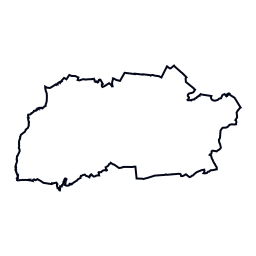 Targu Carbunesti, Gorj, Romania (Robinson projection)
{"feature_id": "2599482B79370866887971", "entity_name": "Targu Carbunesti", "entity_type": "district", "adm_level": 2, "iso_a3": "ROU", "parent_name": "Romania", "parent_adm1": "Gorj", "projection": "robinson", "projection_center": [23.515, 44.967], "detail": "fine", "context": "isolated", "style": "outline", "palette": "ink", "viewbox_px": 256, "rotation_deg": 0, "n_neighbors": 0, "source": "geoboundaries", "source_scale": "gbopen_adm2", "svg_char_len": 5704}
<svg xmlns="http://www.w3.org/2000/svg" viewBox="0 0 256 256"><path d="M90.5,175.6L90.6,174.8L91.3,174.3L93.5,176.5L94.8,176.4L96.5,175.5L97.0,175.6L97.9,175.3L99.1,175.4L98.8,174.2L98.9,173.5L98.5,172.5L98.7,172.2L101.0,172.2L102.3,171.0L103.3,170.4L105.0,170.1L106.2,170.6L106.9,170.2L106.7,169.6L106.0,169.1L105.6,167.3L107.8,166.1L108.6,165.1L109.1,164.1L110.2,163.6L110.6,163.1L110.7,162.8L112.9,164.3L113.5,164.3L114.6,164.9L119.0,168.0L121.4,167.7L123.5,166.9L132.6,167.0L133.5,166.7L135.4,166.7L136.6,178.5L142.3,178.7L143.2,179.0L147.2,178.0L154.8,175.6L164.8,174.9L165.9,174.4L166.3,174.8L166.9,174.8L171.8,174.4L172.0,174.2L172.7,174.3L178.8,173.8L180.0,173.9L180.6,174.2L181.1,176.0L181.8,176.1L182.5,176.1L183.9,175.5L185.9,174.3L188.5,176.4L189.5,177.1L189.8,177.0L191.1,176.5L192.1,175.6L192.9,175.5L194.6,173.8L196.8,172.1L202.0,170.0L204.2,169.7L204.2,170.3L204.4,170.5L204.3,172.0L203.5,173.2L205.0,173.4L207.0,172.9L208.0,171.7L209.2,171.6L210.6,170.3L213.0,170.1L215.5,169.6L215.6,169.4L216.8,169.3L216.7,167.2L215.2,165.0L215.0,164.1L214.2,163.3L213.1,161.1L212.6,159.7L211.8,158.5L211.2,155.9L210.4,155.2L209.6,154.9L209.8,154.5L210.5,154.4L211.3,153.8L211.6,152.4L211.5,151.7L212.0,150.9L212.7,150.7L214.3,150.9L216.7,151.4L217.8,150.3L218.5,150.1L219.7,149.2L220.6,148.3L220.8,147.3L220.7,146.7L220.0,144.0L219.4,142.8L218.9,140.5L219.0,139.5L219.6,138.8L220.0,137.8L220.5,130.8L221.8,128.6L222.5,127.9L223.1,127.7L226.1,127.6L227.9,126.7L229.4,124.9L231.6,124.3L234.3,124.5L236.0,124.3L235.9,123.8L236.4,122.4L236.2,121.0L235.8,120.1L235.8,119.7L235.6,119.7L237.0,117.6L237.1,116.2L236.6,112.7L237.5,110.9L240.0,107.9L240.6,107.6L234.6,97.8L229.7,94.7L229.7,93.8L229.0,93.4L227.9,93.8L228.4,94.6L227.5,94.7L227.5,95.1L227.3,95.1L226.6,95.0L226.6,95.4L226.9,96.1L226.4,96.4L224.6,94.1L223.1,94.7L222.3,95.3L221.0,98.3L219.2,98.6L217.6,100.0L214.9,100.7L214.0,100.6L212.4,100.0L211.6,99.3L210.9,97.7L211.4,96.0L201.4,94.5L200.7,94.1L199.8,95.0L199.7,95.8L198.6,95.9L197.6,96.9L197.1,97.0L196.4,97.9L194.8,98.6L194.4,99.4L192.1,99.7L191.2,100.5L191.0,100.4L191.0,100.1L188.8,100.3L188.3,100.1L187.8,100.2L187.5,99.9L188.6,98.7L189.0,97.4L187.9,96.2L187.8,95.0L188.0,94.5L189.1,93.5L192.5,92.7L193.6,92.0L195.1,89.7L193.8,88.7L193.7,88.3L185.9,82.0L185.6,78.3L186.5,77.3L182.1,72.9L181.7,72.7L174.7,66.5L174.0,65.6L170.7,68.3L169.9,68.4L167.6,67.0L167.3,66.8L167.4,66.5L167.0,66.3L161.4,77.5L158.6,76.1L155.0,75.7L153.5,75.3L153.1,75.0L152.0,75.0L150.6,75.6L150.1,75.1L142.8,74.3L142.7,74.6L134.9,73.7L134.9,74.1L124.6,72.8L120.0,80.9L116.1,79.9L114.0,78.6L112.9,78.4L112.9,79.6L112.3,81.5L112.1,82.9L112.2,84.9L112.6,86.3L112.0,86.4L111.1,84.9L109.1,83.2L104.5,86.1L102.5,87.0L101.9,86.2L101.8,84.4L102.8,83.9L100.4,79.7L99.7,79.6L99.4,80.0L98.9,80.0L98.7,80.3L98.9,80.7L98.5,81.0L98.3,81.7L97.6,82.1L97.9,82.3L97.7,82.5L97.1,82.2L97.3,81.5L96.5,81.4L95.7,81.9L94.8,81.5L94.6,80.6L94.7,80.3L94.0,78.8L93.4,79.2L92.2,78.9L91.6,79.2L87.9,79.3L85.4,79.6L84.0,79.2L82.4,79.4L79.3,80.4L77.6,80.0L78.4,77.5L75.4,76.1L72.8,75.9L72.0,76.1L69.3,75.0L66.4,79.3L64.1,77.9L61.4,80.9L61.8,81.3L60.4,82.3L60.1,82.9L59.4,82.1L57.8,83.2L57.4,83.6L57.6,84.5L56.6,84.5L56.2,84.9L55.7,84.4L51.7,87.0L49.9,88.0L46.8,87.6L45.2,86.6L45.2,87.8L45.8,91.1L46.6,92.9L46.9,95.6L46.8,100.1L46.5,102.2L45.7,104.4L45.6,106.0L44.5,106.4L43.3,107.7L42.1,107.9L42.1,108.1L41.7,107.9L41.5,108.2L41.0,108.2L41.1,107.8L40.8,107.8L40.6,108.1L40.1,107.9L39.7,108.3L39.3,108.2L39.2,107.9L38.8,107.9L37.7,108.5L37.9,108.8L37.6,108.7L37.5,108.9L37.3,108.8L37.1,109.4L36.8,109.4L36.9,109.9L36.4,110.0L36.3,110.5L35.6,110.8L35.1,110.6L34.0,110.8L33.9,111.3L33.7,111.4L33.4,111.9L32.2,112.9L31.4,113.1L31.2,113.7L30.2,114.4L28.2,114.7L28.0,115.9L28.3,116.3L28.3,117.3L28.6,117.7L28.3,117.8L28.5,118.0L28.4,118.5L28.1,118.7L28.3,120.1L28.7,121.4L28.9,121.7L28.7,122.0L29.0,122.5L28.7,123.0L28.9,123.9L28.6,124.6L28.8,125.3L28.7,125.4L28.6,126.2L27.8,128.0L25.8,129.6L25.9,129.8L24.9,131.7L20.9,134.8L20.6,135.9L20.1,136.7L20.3,137.1L19.9,138.5L20.1,138.9L19.3,140.1L19.0,141.9L19.1,143.6L18.9,144.0L19.2,145.6L19.0,146.6L19.1,146.9L18.9,147.4L18.8,148.1L19.3,148.8L19.3,149.3L19.6,149.8L19.7,151.0L17.5,155.9L17.1,156.0L16.8,157.8L16.9,159.7L16.7,159.9L17.0,160.2L17.1,161.0L16.5,163.2L15.9,164.4L15.9,165.3L15.6,166.0L15.8,166.3L15.4,166.9L16.1,167.4L16.1,167.8L15.8,168.2L15.8,168.7L15.5,169.1L15.5,169.3L15.9,169.5L15.8,169.9L16.0,170.0L15.6,170.6L16.4,171.8L16.3,172.6L16.7,173.0L16.9,173.9L17.6,174.3L17.3,174.6L17.4,174.9L17.8,175.0L18.0,175.4L17.6,175.7L17.8,176.1L17.5,177.0L17.9,177.0L17.9,177.5L17.4,177.7L17.2,178.2L17.4,178.4L16.9,178.6L17.2,179.1L17.1,180.2L17.6,180.4L22.7,179.9L27.9,180.0L28.5,179.7L29.4,179.7L29.1,180.0L29.2,180.3L30.1,180.3L32.5,180.9L32.4,180.7L32.1,180.5L34.0,179.4L34.3,179.4L34.6,179.8L35.3,180.2L36.6,179.7L37.3,179.1L41.1,181.2L43.3,182.8L51.5,184.1L52.3,183.8L52.2,183.2L53.3,183.3L56.3,182.6L56.8,183.2L56.9,183.9L57.4,184.1L57.4,184.5L57.0,184.7L56.9,185.2L57.0,186.3L57.5,187.2L57.6,188.2L58.2,188.2L58.0,187.6L58.0,187.4L59.4,190.3L59.9,190.4L60.1,189.4L60.1,186.3L61.7,186.5L61.9,185.2L62.6,185.2L62.8,184.3L63.0,184.2L63.4,182.6L63.6,182.3L63.5,181.7L63.9,181.5L64.2,180.0L64.9,178.7L65.1,178.7L65.3,178.5L66.1,178.7L66.5,179.1L66.4,179.8L65.7,180.6L65.8,180.8L65.7,181.3L65.3,181.8L65.6,182.7L65.3,183.3L65.3,184.2L65.0,184.5L65.0,185.0L65.7,185.1L66.1,185.6L67.2,185.7L68.7,185.5L69.5,185.1L69.3,184.4L69.5,183.9L70.3,184.3L70.7,184.2L71.1,183.8L71.7,184.3L72.0,184.0L73.3,182.8L76.8,180.6L78.1,179.2L80.6,177.9L80.6,176.5L80.9,175.9L81.7,175.8L82.8,175.1L84.8,174.6L85.9,175.8L87.8,176.4L89.4,177.3L89.9,175.6L90.5,175.6Z" fill="none" stroke="#020617" stroke-width="2"/></svg>